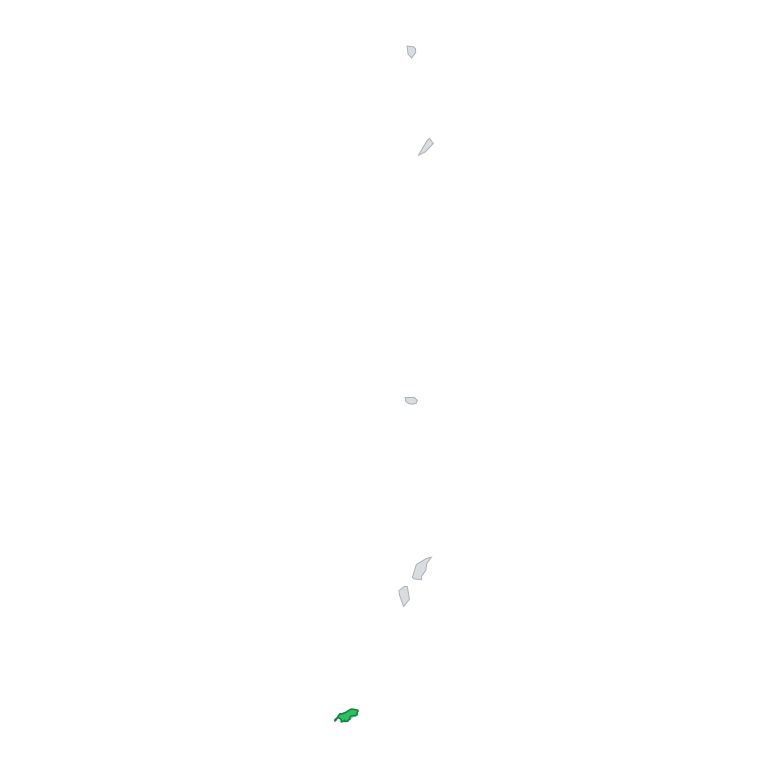 Rota, Rota, Northern Mariana Islands (highlighted)
{"feature_id": "39175420B64217482742742", "entity_name": "Rota", "entity_type": "district", "adm_level": 2, "iso_a3": "MNP", "parent_name": "Northern Mariana Islands", "parent_adm1": "Rota", "projection": "mercator", "projection_center": [145.199, 14.155], "detail": "fine", "context": "in_parent", "style": "filled", "palette": "green", "viewbox_px": 768, "rotation_deg": 0, "n_neighbors": 0, "source": "geoboundaries", "source_scale": "gbopen_adm2", "svg_char_len": 3012}
<svg xmlns="http://www.w3.org/2000/svg" viewBox="0 0 768 768"><path d="M421.8,576.1L421.4,579.8L414.3,578.9L412.4,577.3L416.4,564.4L426.5,558.4L431.4,557.2L426.8,563.3L425.9,570.2L421.8,576.1ZM409.4,599.3L403.7,606.6L399.6,595.3L399.0,590.7L404.2,586.5L407.3,586.6L409.4,599.3ZM354.5,715.1L347.7,721.8L342.8,720.4L339.7,718.2L339.0,714.4L350.1,710.7L354.6,712.0L354.5,715.1ZM425.3,151.9L418.6,155.1L426.9,140.8L429.4,138.3L433.3,143.5L425.3,151.9ZM415.7,52.5L411.6,58.0L408.0,54.0L407.1,46.1L413.2,46.8L415.5,48.5L415.7,52.5ZM416.3,403.2L413.2,404.2L408.8,403.7L405.8,401.5L405.1,397.6L414.0,397.4L417.3,400.3L416.3,403.2Z" fill="#d9dde1" stroke="#a8b0b8" stroke-width="1"/><path d="M334.7,720.5L334.8,720.8L335.0,720.9L335.1,720.7L335.3,720.6L335.5,720.6L335.8,720.3L335.9,720.2L336.1,720.0L336.4,719.4L336.6,719.2L337.0,718.5L337.1,718.4L337.3,718.2L337.9,717.8L338.0,717.8L338.3,717.9L338.9,718.0L339.0,718.0L339.5,718.4L339.7,718.5L339.8,718.6L340.1,718.7L340.6,719.0L340.8,719.2L341.0,719.5L341.1,719.8L341.1,720.0L341.3,720.4L341.4,720.7L341.4,721.2L341.3,721.3L341.2,721.4L341.1,721.7L341.2,721.8L341.4,721.9L341.9,721.9L342.0,721.9L342.3,721.8L342.4,721.7L342.5,721.6L342.7,721.3L343.0,721.3L343.2,721.2L343.4,721.1L343.8,721.2L344.2,721.3L344.9,721.3L344.9,721.2L345.1,721.5L345.3,721.6L345.6,721.5L345.8,721.5L345.9,721.3L346.1,721.3L346.3,721.2L346.9,721.1L347.3,721.2L347.6,721.1L347.8,720.9L347.9,720.7L348.0,720.7L348.4,719.9L348.5,719.8L348.6,719.7L348.9,719.5L349.0,719.5L349.6,719.2L349.8,719.0L349.9,718.9L349.7,718.7L349.6,718.4L349.7,717.8L349.8,717.6L350.0,717.4L350.2,717.1L350.3,717.0L350.4,716.9L350.5,716.8L350.6,716.7L350.8,716.6L351.0,716.3L351.3,716.1L351.9,716.0L352.1,715.9L352.4,715.9L352.5,715.9L352.8,715.7L354.0,715.6L354.6,715.8L354.9,716.0L355.2,716.0L355.5,715.8L355.6,715.7L355.8,715.4L356.1,715.3L356.3,715.2L356.6,715.1L356.9,714.9L357.0,714.9L357.1,714.7L357.2,714.4L357.2,714.1L357.2,713.9L357.3,713.5L357.2,713.4L357.2,713.1L357.2,712.7L357.4,712.2L357.6,711.9L357.9,711.4L358.0,711.1L358.1,710.9L358.0,710.7L357.9,710.5L357.9,710.4L357.3,710.1L357.1,710.0L356.6,709.9L356.4,709.9L356.0,709.7L355.7,709.7L355.3,709.6L354.7,709.6L354.4,709.4L354.1,709.3L353.6,709.3L353.4,709.3L353.1,709.2L352.6,709.2L352.1,709.1L351.3,709.1L351.0,709.2L350.5,709.4L350.1,709.7L349.7,709.8L348.7,710.5L348.4,710.6L348.1,710.8L347.5,711.2L347.2,711.4L346.8,711.7L346.7,711.8L346.5,712.0L346.3,712.1L346.2,712.3L345.8,712.5L345.4,712.7L345.1,712.9L344.8,712.9L344.6,712.9L344.3,712.9L344.3,713.0L343.9,713.2L343.3,713.4L343.0,713.6L342.9,713.6L342.4,713.7L342.0,713.9L341.8,713.8L341.3,713.8L340.6,713.7L340.2,713.7L339.9,713.8L339.8,714.0L339.8,714.3L339.5,714.6L339.1,715.0L338.1,716.1L337.9,716.5L337.7,716.9L337.7,717.1L337.4,717.4L337.2,717.6L337.0,717.9L336.8,718.0L336.6,718.2L336.4,718.4L336.3,718.5L336.2,718.6L335.8,718.9L335.5,719.0L335.3,719.2L335.2,719.3L335.0,719.5L334.9,719.8L334.8,720.1L334.7,720.3L334.7,720.5Z" fill="#22c55e" stroke="#15803d" stroke-width="1.5"/></svg>